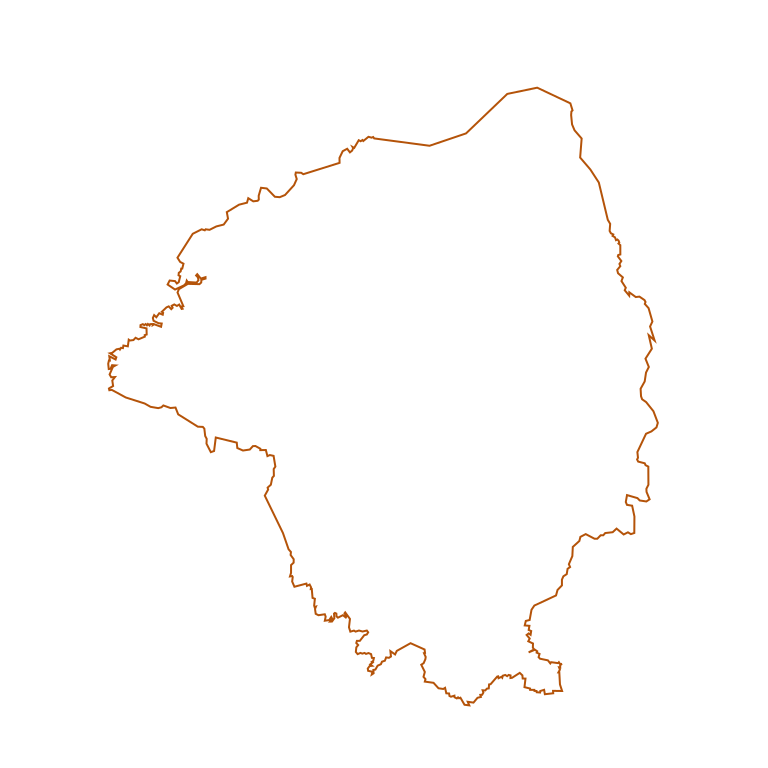 Pampanga, Pampanga, Philippines (Albers equal-area conic projection), rotated 96°
{"feature_id": "2640588B20595662599865", "entity_name": "Pampanga", "entity_type": "district", "adm_level": 2, "iso_a3": "PHL", "parent_name": "Philippines", "parent_adm1": "Pampanga", "projection": "albers", "projection_center": [120.654, 15.023], "detail": "fine", "context": "isolated", "style": "outline", "palette": "amber", "viewbox_px": 768, "rotation_deg": 96, "n_neighbors": 0, "source": "geoboundaries", "source_scale": "gbopen_adm2", "svg_char_len": 6159}
<svg xmlns="http://www.w3.org/2000/svg" viewBox="0 0 768 768"><g transform="rotate(96 384 384)"><path d="M280.0,602.6L283.9,599.5L285.3,596.0L290.3,596.7L290.4,597.7L293.3,598.0L294.9,599.7L297.4,599.7L298.1,597.9L304.2,598.8L305.7,600.5L303.5,602.6L303.5,608.0L307.7,609.6L311.9,601.7L306.8,593.2L304.5,591.4L301.8,591.0L303.1,589.9L302.7,581.0L300.2,579.4L297.4,580.2L295.7,582.2L294.3,581.2L298.3,577.2L296.4,572.7L297.8,572.5L299.5,576.5L302.2,576.4L304.0,578.0L304.9,589.5L311.1,597.9L314.6,598.9L327.6,591.7L328.1,593.7L330.2,592.2L330.5,593.1L326.4,596.0L328.0,598.1L326.8,600.9L328.4,603.3L330.3,602.2L331.8,603.4L329.3,606.2L330.5,608.3L335.4,612.5L336.3,611.1L338.2,611.3L337.1,614.9L341.4,617.4L339.5,619.8L342.5,620.8L345.2,619.8L347.1,614.6L347.1,611.4L350.4,611.7L348.6,618.8L349.6,620.1L348.5,620.0L348.9,622.8L350.3,623.3L349.0,625.1L350.4,625.9L349.3,627.3L350.5,628.6L349.7,630.1L350.9,632.3L352.8,632.2L353.5,626.0L359.6,625.2L360.4,627.1L361.9,626.8L365.2,632.8L364.0,635.9L366.5,637.8L367.3,641.2L366.6,642.5L373.3,642.7L373.0,647.2L375.6,647.4L375.5,649.3L377.3,650.2L376.6,650.8L377.5,653.7L381.4,657.5L382.1,659.7L385.4,653.0L387.7,653.5L385.1,660.1L389.3,659.1L389.3,660.0L392.7,660.4L397.9,659.3L397.4,657.5L393.7,656.4L393.6,653.0L395.3,655.4L403.2,657.9L405.8,656.0L405.2,652.3L408.9,654.6L414.3,653.2L417.2,657.1L418.9,656.5L418.3,654.1L424.4,639.4L428.4,620.0L431.1,613.8L431.6,606.0L430.4,602.9L428.4,601.2L430.2,593.9L429.2,588.9L435.7,585.5L445.9,564.7L445.6,559.7L447.2,558.0L454.4,556.4L457.1,554.6L461.9,554.3L469.9,549.1L468.4,546.0L454.8,545.7L457.7,524.3L463.0,523.2L464.9,517.3L463.2,510.6L459.5,507.9L459.1,505.4L461.3,500.2L462.7,500.1L462.0,494.6L467.9,492.4L466.6,490.1L467.0,486.3L477.5,483.4L480.1,484.8L486.9,483.9L488.8,485.3L496.0,486.0L499.2,488.9L501.1,488.2L507.5,490.9L542.8,468.9L558.4,461.6L560.8,459.0L563.8,459.0L567.7,455.5L571.1,455.2L573.8,457.5L581.6,456.7L585.2,457.4L584.6,455.3L585.5,454.6L590.0,454.7L595.0,451.9L590.6,440.3L592.8,439.5L591.2,437.0L593.8,435.3L595.6,435.4L595.4,434.4L604.2,432.7L604.8,430.3L611.7,430.3L613.1,429.7L612.5,428.4L614.9,429.1L619.7,427.9L620.8,425.0L619.2,418.8L621.5,417.7L625.6,418.1L624.5,413.8L621.2,412.1L623.3,410.7L625.9,412.7L625.7,410.9L622.2,408.9L617.6,409.7L616.8,408.9L617.3,407.4L620.1,406.9L621.2,405.4L618.2,400.7L620.2,397.6L618.9,397.0L616.2,399.3L615.2,398.7L621.2,393.3L629.6,393.4L633.8,391.6L632.4,388.1L633.2,386.4L631.8,383.1L632.4,379.5L631.0,375.3L632.6,373.8L634.9,374.9L635.9,377.4L642.0,381.2L642.3,384.1L644.5,384.5L646.3,382.4L648.8,384.0L653.4,384.0L655.4,382.0L653.9,379.3L654.4,377.4L653.5,375.2L654.3,373.7L653.2,371.3L654.0,368.6L657.6,367.4L657.6,365.4L660.6,365.8L661.6,367.0L662.1,366.1L664.3,368.4L665.5,366.4L666.0,368.8L668.7,370.4L670.9,369.8L671.4,365.4L674.2,365.8L672.8,364.1L669.5,364.7L668.9,362.7L664.8,360.9L663.0,357.8L660.4,357.0L659.1,354.2L655.7,353.3L655.8,350.5L654.3,348.6L649.0,349.7L651.8,344.7L648.1,343.4L639.0,330.5L643.8,315.9L647.2,315.1L647.5,316.1L651.1,314.0L653.4,314.1L657.5,315.4L659.3,317.6L666.1,313.3L671.1,314.1L673.2,311.9L675.7,312.3L676.0,303.5L680.9,298.0L681.1,293.2L679.8,291.5L685.1,289.7L685.0,286.9L687.4,286.3L688.0,284.7L686.6,281.4L688.2,281.1L689.1,278.7L687.9,277.6L688.7,276.5L688.0,275.2L694.6,270.4L694.7,265.6L691.3,267.5L691.5,261.7L686.3,258.2L685.1,254.9L683.1,255.7L682.8,253.9L680.5,252.9L678.3,253.9L678.2,251.3L676.2,249.8L675.8,248.0L671.8,248.1L671.4,246.6L663.1,240.8L662.8,239.9L664.6,239.3L663.0,236.7L663.8,235.7L661.7,235.4L660.7,233.0L661.7,231.0L660.3,229.6L660.6,227.7L663.2,227.5L662.8,225.9L657.1,218.8L659.3,215.9L662.4,215.3L662.2,212.5L670.8,212.6L671.6,206.9L672.9,206.7L672.5,202.5L673.5,202.3L673.4,200.2L674.6,199.9L674.5,196.5L673.0,196.5L671.4,192.8L675.7,191.6L673.9,183.4L671.5,183.8L670.7,174.8L664.4,177.6L652.5,179.5L652.6,180.4L649.7,179.2L647.5,180.3L647.6,179.1L645.3,179.4L643.7,177.8L644.2,179.5L642.4,181.0L643.4,181.7L643.2,188.7L644.5,189.4L641.7,192.1L640.9,200.1L639.5,201.7L636.2,201.1L635.2,204.1L633.8,203.7L632.5,206.1L635.8,212.1L632.2,206.9L630.7,208.4L626.5,208.7L624.8,213.6L621.9,212.5L618.7,215.9L616.9,214.0L618.1,212.0L614.3,211.8L613.5,214.4L609.3,214.1L609.4,218.8L604.8,218.2L603.5,214.5L593.1,213.7L588.6,211.3L576.3,190.8L570.7,189.9L565.7,186.0L560.0,186.6L556.5,185.5L554.0,182.4L548.6,182.1L546.6,179.8L543.9,181.3L535.5,178.7L526.3,179.2L519.7,173.3L515.5,172.7L512.2,167.7L515.9,158.4L515.6,155.7L511.8,152.7L511.5,150.1L509.1,148.4L507.5,141.1L503.5,137.6L508.6,129.9L506.0,125.9L507.5,122.8L506.0,119.5L489.6,121.1L479.1,124.5L478.8,129.7L476.1,131.2L469.1,130.7L471.0,120.0L473.1,117.5L473.4,110.8L470.9,107.8L463.9,111.6L460.8,112.1L456.6,110.5L438.5,112.5L437.4,115.4L435.6,116.4L434.6,123.1L432.6,124.4L430.8,123.7L425.2,124.9L406.1,118.2L403.2,113.1L398.7,108.5L394.0,107.6L382.9,113.2L374.6,121.4L372.2,125.7L369.3,127.1L361.9,128.3L354.2,125.0L345.2,124.6L339.4,122.4L331.5,126.6L320.9,121.3L307.8,125.8L312.5,119.4L299.0,125.4L293.8,123.6L280.9,128.8L277.1,133.0L275.1,132.5L273.3,133.7L270.4,139.1L271.2,142.7L267.2,149.6L270.5,149.4L265.6,154.4L263.0,153.6L256.8,158.6L253.0,157.6L249.4,162.8L246.2,164.0L242.1,161.3L240.0,162.4L236.9,160.8L232.6,164.8L231.2,164.5L230.5,162.5L221.2,163.5L219.8,165.5L218.7,164.8L216.9,165.7L215.9,167.0L216.7,168.3L214.0,169.6L212.8,172.2L211.3,171.6L210.4,174.1L208.2,175.6L201.1,175.8L197.3,178.6L161.2,191.4L149.1,201.2L138.3,212.6L119.2,213.1L111.8,221.0L106.2,224.1L97.0,226.0L93.4,226.1L92.2,225.1L85.4,228.0L73.3,262.6L82.6,291.7L126.2,328.6L142.3,363.6L140.8,419.4L139.5,420.6L140.3,422.0L139.8,425.3L144.5,430.0L143.6,430.9L145.0,432.6L144.2,434.6L152.3,438.3L151.6,440.0L152.6,439.3L155.2,440.1L157.2,442.1L153.9,445.2L156.8,449.4L163.8,451.9L168.7,451.3L183.8,486.2L182.6,488.4L182.9,493.8L185.1,494.0L189.3,492.2L195.7,494.3L206.4,502.2L209.1,507.2L209.2,512.1L201.8,521.0L201.7,526.8L209.9,528.3L213.7,527.8L215.0,528.8L216.0,533.1L213.4,538.4L218.0,539.2L220.8,546.9L229.5,558.3L235.9,556.4L242.2,560.1L244.8,567.2L248.9,573.6L248.8,577.6L249.9,578.3L249.2,581.5L254.6,589.9L280.0,602.6Z" fill="none" stroke="#b45309" stroke-width="2"/></g></svg>